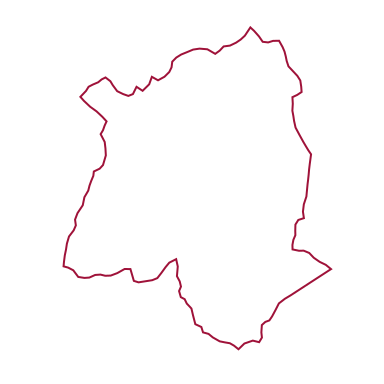 Santa Bárbara d'Oeste, São Paulo, Brazil (Albers equal-area conic projection), rotated 356°
{"feature_id": "56859067B87945303247777", "entity_name": "Santa Bárbara d'Oeste", "entity_type": "district", "adm_level": 2, "iso_a3": "BRA", "parent_name": "Brazil", "parent_adm1": "São Paulo", "projection": "albers", "projection_center": [-47.432, -22.803], "detail": "fine", "context": "isolated", "style": "outline", "palette": "rose", "viewbox_px": 384, "rotation_deg": 356, "n_neighbors": 0, "source": "geoboundaries", "source_scale": "gbopen_adm2", "svg_char_len": 2145}
<svg xmlns="http://www.w3.org/2000/svg" viewBox="0 0 384 384"><g transform="rotate(356 192 192)"><path d="M261.7,31.9L255.6,39.8L251.2,43.3L246.4,46.1L240.1,48.6L233.7,49.0L229.5,52.9L224.8,55.8L217.3,50.7L209.5,49.5L203.1,50.0L197.5,51.9L190.8,54.1L185.7,56.8L181.4,60.6L180.3,66.2L177.7,70.7L172.6,75.1L165.9,78.2L160.0,74.3L156.8,81.6L149.8,87.6L144.0,83.2L139.9,90.2L135.2,91.7L130.1,89.5L124.4,86.2L120.4,79.9L118.3,75.8L113.7,71.7L109.7,73.4L106.1,76.0L100.6,77.9L96.2,79.8L93.3,83.8L87.3,89.3L90.6,93.6L96.4,99.9L102.4,104.9L107.8,110.7L111.7,115.6L109.5,119.6L107.5,124.2L104.9,127.9L108.4,136.0L108.7,142.5L108.6,149.5L105.1,158.9L101.5,162.3L95.5,164.7L94.7,169.0L92.2,174.0L90.2,178.5L88.6,183.4L84.3,189.7L82.1,197.6L76.3,205.1L73.4,211.4L73.8,217.2L71.3,222.0L66.2,227.8L63.6,234.8L62.3,240.6L60.7,246.3L59.4,252.8L58.7,257.2L63.2,258.8L68.1,261.8L72.6,268.8L78.7,270.2L83.6,270.2L89.6,268.0L94.9,268.0L99.6,269.5L105.1,269.7L111.8,267.7L119.4,264.1L125.2,264.6L127.8,276.6L132.4,278.4L146.2,277.2L151.4,275.5L155.8,270.6L160.4,265.1L164.4,260.9L171.5,257.9L172.6,265.3L171.1,274.9L173.5,280.3L174.4,285.6L172.2,289.9L173.5,296.1L177.2,298.4L179.0,302.9L183.3,308.2L184.4,315.0L186.1,324.1L191.9,327.3L193.2,332.8L198.6,334.7L202.6,338.5L209.2,342.9L214.3,344.3L219.2,345.5L223.2,348.2L227.4,352.1L233.7,346.8L242.3,344.5L248.5,346.5L251.6,342.1L251.4,336.9L252.4,329.6L256.1,326.7L260.2,325.5L263.2,321.7L267.3,315.2L270.9,309.2L277.2,305.0L283.1,302.0L304.0,290.4L325.3,278.6L320.4,274.0L314.5,270.6L308.9,266.1L304.7,261.0L299.3,258.3L294.7,258.1L288.3,256.3L288.5,251.8L289.8,246.8L292.1,242.3L292.3,237.9L292.9,231.7L296.1,227.3L301.8,225.9L301.3,219.4L302.7,212.1L305.8,204.5L307.8,192.4L308.7,187.8L309.6,182.7L310.4,177.6L311.4,172.4L313.4,162.7L310.9,158.4L308.9,154.5L306.6,149.9L303.4,143.0L299.8,135.0L298.8,128.3L298.4,123.2L297.8,117.9L298.7,111.0L298.8,104.4L303.7,102.5L308.3,99.9L308.3,94.6L307.8,88.3L305.2,83.5L299.7,76.7L297.0,73.4L295.6,67.9L295.0,63.3L294.1,58.4L292.5,53.8L289.4,47.2L283.4,46.9L278.4,48.1L273.0,47.1L269.7,41.5L265.1,35.5L261.7,31.9Z" fill="none" stroke="#9f1239" stroke-width="2"/></g></svg>